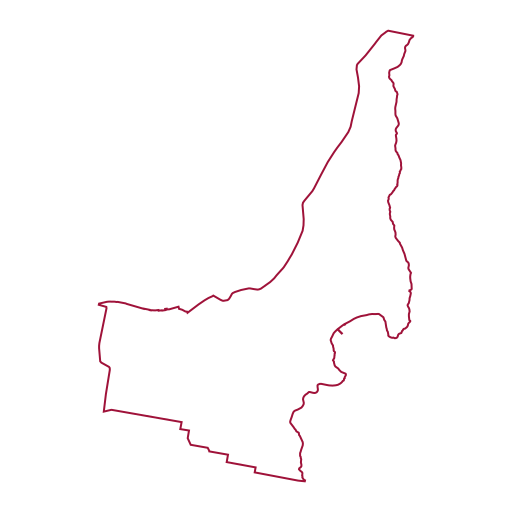 Waverley, New South Wales, Australia
{"feature_id": "25037944B61039645174942", "entity_name": "Waverley", "entity_type": "district", "adm_level": 2, "iso_a3": "AUS", "parent_name": "Australia", "parent_adm1": "New South Wales", "projection": "albers", "projection_center": [151.276, -33.884], "detail": "fine", "context": "isolated", "style": "outline", "palette": "rose", "viewbox_px": 512, "rotation_deg": 0, "n_neighbors": 0, "source": "geoboundaries", "source_scale": "gbopen_adm2", "svg_char_len": 6038}
<svg xmlns="http://www.w3.org/2000/svg" viewBox="0 0 512 512"><path d="M305.0,480.4L304.6,480.3L303.4,479.2L303.0,478.4L302.5,477.8L302.3,477.1L302.5,476.1L302.1,475.3L302.3,474.5L302.4,473.7L302.3,472.7L302.1,472.3L299.9,470.4L299.0,469.3L299.2,468.4L300.9,467.0L301.4,466.1L301.4,464.7L300.9,462.4L301.2,459.2L300.8,458.3L300.7,456.9L300.1,455.9L300.1,454.0L300.1,453.1L300.6,451.8L301.1,450.0L302.3,446.6L302.7,445.5L302.9,443.7L302.7,442.1L299.9,436.0L299.1,435.0L299.0,434.1L298.7,432.7L296.6,431.5L296.3,431.2L295.5,429.6L294.8,429.0L293.5,427.0L290.5,423.1L290.2,422.3L290.2,421.4L290.7,419.7L291.7,417.0L292.6,414.1L293.3,412.4L293.8,411.6L294.6,410.9L295.3,410.5L297.7,409.6L301.4,407.6L302.7,406.0L303.6,404.3L303.8,402.9L303.0,399.2L303.4,397.5L304.1,396.2L305.5,394.7L307.2,393.6L308.8,392.1L309.2,392.0L310.2,392.1L312.9,392.8L314.3,393.0L315.6,392.8L316.7,392.2L317.4,391.3L317.8,390.5L317.9,389.3L317.6,387.2L317.5,385.7L317.6,385.2L318.1,384.6L319.7,383.9L321.5,383.9L326.9,385.0L329.1,385.4L332.5,385.6L335.7,385.3L337.9,384.8L340.0,383.7L341.3,382.7L342.1,381.9L342.7,381.0L343.6,380.6L343.9,380.1L344.0,378.9L344.7,378.3L344.7,377.8L344.6,377.4L345.8,375.3L345.9,374.6L345.7,373.8L345.4,373.6L341.2,371.9L339.3,370.0L338.2,368.5L336.2,367.1L335.4,366.5L334.7,365.4L334.0,362.8L333.9,361.5L333.0,360.4L333.3,359.5L334.0,358.6L334.2,358.1L334.4,356.8L334.4,355.9L334.6,355.3L334.6,353.8L334.9,353.3L335.0,352.5L334.8,351.9L333.9,351.1L333.7,350.5L333.6,348.6L333.1,346.8L333.0,345.5L331.7,343.4L330.7,340.3L330.7,339.8L331.0,338.6L332.0,336.8L333.7,333.2L335.1,331.6L337.5,329.3L341.7,333.5L341.9,333.3L337.9,329.4L338.4,328.9L338.3,328.7L342.2,325.7L344.4,324.2L345.3,325.4L344.6,324.1L350.0,321.3L353.8,318.9L356.8,317.5L361.0,316.1L366.6,315.1L369.0,314.4L372.1,314.0L375.4,314.1L378.2,313.9L379.1,314.1L383.3,317.2L383.5,317.5L384.2,319.8L385.4,321.6L386.3,327.5L386.8,329.1L386.9,330.1L387.0,330.5L387.8,331.8L388.3,334.5L388.3,335.6L388.7,336.2L390.3,337.2L391.4,337.6L392.3,337.8L393.4,337.6L394.7,338.2L395.9,338.1L396.8,337.7L397.3,337.2L397.7,336.5L398.1,335.0L398.7,334.1L399.3,333.7L401.3,333.0L401.6,332.4L401.9,331.2L402.7,330.5L403.0,329.8L403.6,329.0L404.0,328.8L404.7,328.7L405.2,328.5L406.9,327.1L407.4,326.4L407.8,325.6L408.2,323.8L408.8,322.9L409.8,322.0L410.3,321.1L410.2,320.8L409.6,320.4L409.3,320.0L408.9,316.2L408.9,314.1L409.6,311.5L409.4,309.6L409.0,308.2L408.0,306.5L407.6,305.3L407.8,304.5L408.7,303.3L408.9,302.6L409.5,300.2L409.6,298.2L410.3,295.9L410.8,293.4L410.8,292.9L410.2,291.7L409.3,291.1L409.5,290.3L410.1,290.2L411.3,289.5L411.7,288.9L411.5,284.0L410.6,281.3L410.2,278.0L410.2,276.3L410.5,274.1L411.0,272.9L408.6,269.2L408.3,268.0L408.9,265.2L408.7,263.6L408.5,263.0L407.9,262.2L406.7,261.2L406.3,260.7L404.5,253.9L402.9,250.2L402.1,247.6L399.9,243.6L399.8,242.7L398.3,241.2L395.9,238.1L395.6,237.5L395.3,236.6L395.4,235.5L395.6,235.0L395.5,232.7L395.1,231.4L394.3,229.6L394.1,228.0L394.3,225.5L393.0,223.8L392.7,221.9L390.9,219.9L390.4,218.8L390.2,218.0L390.3,216.6L389.8,214.0L390.0,212.6L390.3,211.9L389.7,210.3L389.6,208.9L390.0,208.1L390.1,207.3L389.8,206.8L389.5,205.4L388.3,202.4L388.0,200.8L388.6,199.3L388.7,198.8L388.5,197.4L388.9,196.7L389.8,194.8L390.1,194.7L391.0,194.2L392.6,192.2L393.0,191.3L394.1,190.3L394.5,189.3L396.2,186.9L397.0,186.3L397.4,185.6L397.4,185.1L397.2,184.6L397.5,184.1L397.4,183.5L397.6,182.7L397.6,180.6L397.8,179.3L398.4,177.8L398.4,176.9L399.0,175.6L399.3,174.0L399.8,173.3L399.9,172.5L399.8,171.5L400.4,170.8L400.9,169.4L401.3,169.0L401.3,168.2L401.3,167.3L401.0,165.3L401.1,163.2L400.5,160.1L399.3,157.5L398.5,155.3L397.7,154.3L397.4,153.0L396.2,151.6L395.7,150.8L395.5,149.8L395.5,148.4L395.1,145.7L395.4,144.6L396.1,142.8L396.5,140.8L396.4,138.8L395.9,135.8L395.9,135.0L396.1,134.6L396.9,133.6L396.8,132.8L396.2,131.9L395.8,131.0L395.7,130.4L395.7,129.5L395.9,128.8L396.4,127.9L398.3,125.5L398.6,124.8L398.8,123.9L398.7,123.0L397.3,118.3L395.8,115.8L395.5,114.9L395.4,113.5L395.4,111.0L395.2,108.8L395.3,107.2L396.5,101.9L396.6,99.2L396.9,97.5L397.1,95.5L397.5,94.5L397.5,94.1L396.8,91.9L396.6,91.7L395.8,91.3L395.3,90.6L394.9,89.0L393.5,86.4L393.4,85.4L393.6,83.9L393.3,82.8L392.0,81.3L391.4,80.1L390.2,79.1L389.5,78.3L389.2,77.6L389.0,76.8L389.4,75.2L389.2,73.5L389.2,72.4L389.7,70.5L390.0,70.1L394.5,68.3L397.6,66.9L399.8,65.1L400.9,63.8L401.6,62.2L401.9,60.4L402.4,59.0L403.8,56.0L404.2,54.1L405.4,51.0L405.4,50.1L405.0,48.0L405.2,46.9L405.9,45.8L407.2,44.9L408.0,44.1L408.9,42.2L409.5,40.1L410.9,38.3L412.7,37.0L413.2,36.2L413.2,35.7L388.2,30.7L386.3,31.7L385.5,32.4L381.3,35.5L376.0,42.2L375.0,43.6L365.6,55.4L357.6,63.9L356.9,65.2L356.5,69.4L358.0,77.6L359.1,86.3L358.7,93.1L351.8,121.0L350.6,126.8L348.3,132.1L341.5,142.1L337.3,147.6L334.2,152.0L327.8,162.0L321.1,174.6L314.0,188.4L312.3,191.2L304.4,200.7L303.0,202.7L302.5,205.0L303.7,219.2L303.5,225.4L302.6,230.8L297.7,242.7L291.8,254.4L289.6,258.0L287.8,261.1L283.8,267.2L282.4,268.9L281.6,269.7L276.5,275.4L274.2,278.3L270.1,282.1L260.8,288.7L258.9,289.4L257.5,289.6L253.9,289.1L250.0,288.4L248.7,288.4L241.1,290.0L235.0,292.0L232.7,293.1L231.9,293.9L230.7,296.2L229.1,298.8L227.6,300.1L223.6,300.8L222.5,300.7L220.5,299.8L213.3,295.6L212.5,296.2L208.5,298.0L204.6,300.3L198.6,304.4L187.5,312.8L187.1,311.7L185.4,311.5L182.3,309.8L180.1,309.1L179.1,308.9L178.5,306.7L169.3,309.3L166.8,309.5L166.7,308.7L165.2,308.9L165.4,310.1L162.1,310.6L161.9,310.3L158.6,310.7L158.5,310.0L155.2,310.4L150.6,310.2L150.6,310.3L149.6,310.1L149.6,309.8L143.6,308.6L143.6,308.8L126.7,303.9L125.6,303.4L117.7,301.9L116.7,302.0L114.6,301.7L109.0,301.6L106.9,301.8L99.1,303.6L98.8,304.8L106.3,306.9L106.5,308.3L99.4,343.0L99.1,345.8L99.1,348.2L100.2,361.3L101.3,362.6L109.0,366.9L109.6,367.7L109.8,368.8L109.8,370.0L105.9,394.1L103.8,411.6L111.0,409.9L112.0,409.9L181.6,422.1L180.3,429.1L189.0,430.5L187.7,438.2L190.7,444.8L207.7,447.8L209.3,450.9L209.3,451.4L228.0,454.7L226.7,462.1L255.6,467.4L254.7,472.4L298.1,480.6L304.8,481.3L305.0,480.4Z" fill="none" stroke="#9f1239" stroke-width="2"/></svg>